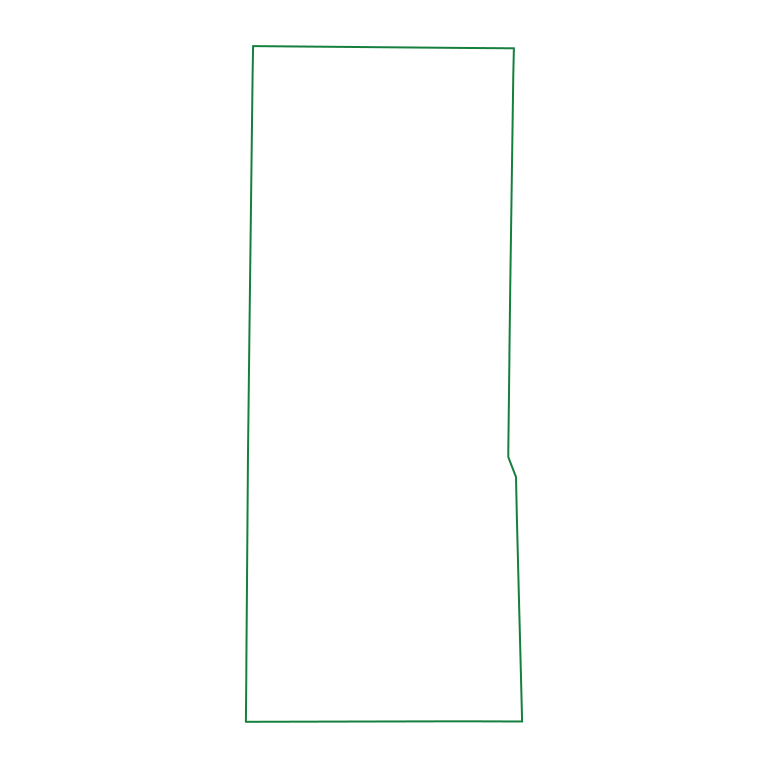 Valcheta, Río Negro, Argentina
{"feature_id": "61730980B79261334873375", "entity_name": "Valcheta", "entity_type": "district", "adm_level": 2, "iso_a3": "ARG", "parent_name": "Argentina", "parent_adm1": "Río Negro", "projection": "albers", "projection_center": [-66.153, -40.955], "detail": "fine", "context": "isolated", "style": "outline", "palette": "green", "viewbox_px": 768, "rotation_deg": 0, "n_neighbors": 0, "source": "geoboundaries", "source_scale": "gbopen_adm2", "svg_char_len": 470}
<svg xmlns="http://www.w3.org/2000/svg" viewBox="0 0 768 768"><path d="M522.1,721.5L522.1,721.2L522.1,720.9L520.8,669.6L519.4,616.2L517.1,526.8L516.6,505.3L516.0,477.0L508.6,457.9L508.3,456.9L508.3,450.6L509.4,359.3L509.4,354.8L509.5,346.4L510.2,289.7L513.3,74.1L513.9,48.3L458.0,47.9L253.1,46.1L252.6,74.5L249.7,310.3L248.0,452.9L246.7,620.9L246.4,658.1L246.3,676.5L245.9,721.3L246.0,721.8L463.1,721.3L522.1,721.5Z" fill="none" stroke="#15803d" stroke-width="2"/></svg>